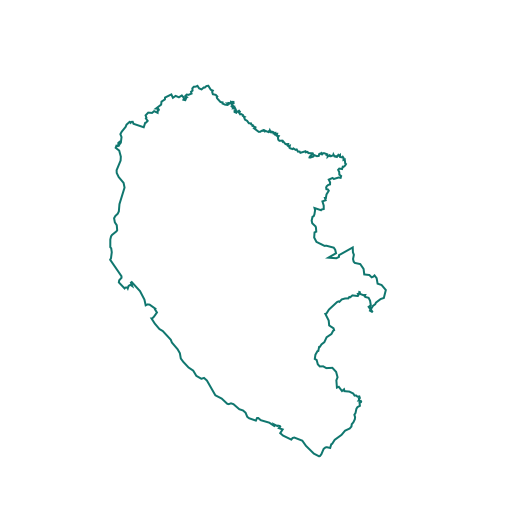 Portlaw-Kilmacthomas Lea-5, Waterford, Ireland (orthographic projection), rotated 221°
{"feature_id": "5873133B10835743668931", "entity_name": "Portlaw-Kilmacthomas Lea-5", "entity_type": "district", "adm_level": 2, "iso_a3": "IRL", "parent_name": "Ireland", "parent_adm1": "Waterford", "projection": "orthographic", "projection_center": [-7.459, 52.233], "detail": "fine", "context": "isolated", "style": "outline", "palette": "teal", "viewbox_px": 512, "rotation_deg": 221, "n_neighbors": 0, "source": "geoboundaries", "source_scale": "gbopen_adm2", "svg_char_len": 6126}
<svg xmlns="http://www.w3.org/2000/svg" viewBox="0 0 512 512"><g transform="rotate(221 256 256)"><path d="M333.9,145.3L333.9,146.4L332.5,147.8L331.5,147.4L332.5,149.8L332.2,151.1L331.6,151.9L329.8,152.1L332.9,153.8L332.7,154.8L320.5,153.4L311.6,149.9L306.9,146.4L306.1,148.3L304.4,149.5L297.3,150.2L297.2,149.4L293.7,148.4L293.2,143.2L293.4,140.8L293.9,140.3L288.1,138.6L281.0,137.5L277.1,138.2L265.4,136.9L262.7,135.5L254.0,134.2L249.7,132.7L245.5,129.3L241.5,128.4L233.8,127.6L228.2,128.3L222.4,126.4L216.7,127.5L215.2,129.9L211.3,129.8L195.3,124.2L188.3,125.9L180.7,125.6L179.4,126.3L178.2,128.4L175.8,129.4L168.1,129.4L164.5,130.9L161.1,130.9L157.1,128.9L154.8,129.0L148.1,131.7L148.9,134.4L148.0,135.2L144.7,135.2L136.7,138.9L130.6,139.7L130.5,140.4L131.7,140.8L128.3,141.7L128.2,142.4L126.5,143.3L125.9,143.2L125.8,141.1L122.1,142.6L121.5,138.2L117.8,138.2L108.9,140.6L109.0,142.6L108.0,144.1L99.9,147.0L93.8,145.5L82.7,144.8L77.0,146.2L76.5,147.0L76.6,149.2L78.4,154.8L78.0,157.0L77.2,158.1L74.1,159.8L75.7,163.3L75.3,164.2L76.0,168.9L74.1,177.1L74.2,182.6L72.1,187.3L72.1,189.9L73.4,191.9L73.4,194.3L74.3,197.6L75.5,199.4L77.6,200.7L77.9,202.8L80.0,206.6L80.3,208.5L79.3,211.1L81.6,213.2L80.9,214.5L81.2,215.2L82.0,215.4L83.7,214.1L83.8,215.0L84.8,215.9L84.5,217.0L85.9,217.8L87.1,216.4L89.0,216.4L90.0,215.3L92.4,216.0L96.6,214.9L100.6,212.0L102.1,213.1L102.5,210.5L107.7,211.6L108.6,209.8L113.8,214.9L114.9,218.0L119.5,221.1L125.0,221.7L129.4,217.5L132.9,216.8L135.4,214.5L138.3,214.8L142.0,217.3L144.1,216.9L146.4,220.5L147.2,224.5L146.7,225.2L148.7,228.8L148.2,229.3L148.6,232.3L147.9,235.8L149.4,241.0L147.9,246.6L148.7,250.1L148.4,251.3L150.1,252.3L155.2,251.6L158.8,255.0L165.7,257.8L165.1,258.8L165.8,263.4L164.6,274.5L163.9,275.9L163.0,276.1L162.8,279.5L160.9,282.4L158.5,284.6L158.7,286.3L157.8,286.7L157.4,289.5L152.9,292.6L153.1,293.8L154.2,294.3L153.4,295.2L154.4,296.6L153.9,296.8L152.8,295.6L149.5,296.8L148.0,298.2L147.6,296.9L146.6,296.8L143.6,298.3L140.6,297.1L137.1,294.2L137.5,291.9L136.2,292.3L136.6,291.3L134.4,290.7L134.1,289.5L131.1,290.1L134.4,291.1L135.0,295.2L134.4,297.8L134.9,299.5L133.7,305.3L132.0,308.2L135.7,315.5L142.2,316.5L146.1,314.9L150.4,318.4L153.8,319.1L153.9,317.5L154.7,315.8L158.0,316.0L162.2,313.1L166.3,316.8L172.0,318.3L176.9,315.6L178.6,315.8L180.8,317.4L182.9,321.1L185.3,322.4L188.6,325.9L193.9,311.1L192.8,309.7L193.9,307.0L200.3,302.2L197.4,310.6L200.4,312.7L202.8,313.3L209.7,309.9L210.9,308.6L219.6,306.3L224.2,308.1L227.3,312.2L226.5,313.9L229.2,316.6L230.4,317.4L235.0,317.6L237.2,319.2L239.1,322.7L238.6,323.9L239.2,325.7L241.5,329.4L243.3,330.6L237.0,333.2L237.1,333.9L235.7,335.9L238.0,338.5L241.7,340.8L240.0,343.8L242.0,345.0L241.3,345.6L243.2,348.7L243.9,353.0L245.4,353.4L246.7,352.6L248.0,353.7L248.4,355.0L248.1,357.0L247.1,358.6L248.4,360.2L251.2,361.4L249.4,365.1L247.8,365.2L245.1,369.5L243.4,370.5L244.2,372.2L246.5,372.1L248.3,374.0L250.5,374.9L250.5,376.6L248.1,378.1L249.1,380.3L248.4,380.7L248.1,382.7L248.4,384.4L249.4,384.4L252.4,387.1L253.0,385.9L254.2,387.4L255.7,387.8L255.8,386.9L257.5,385.9L258.9,387.4L259.1,386.2L260.2,386.3L259.9,383.8L261.0,383.2L261.1,383.8L262.3,382.7L264.1,383.4L263.8,382.8L264.7,380.8L266.2,380.4L265.8,379.8L267.0,379.3L267.1,378.0L267.9,379.1L269.0,378.6L269.2,379.4L272.0,378.3L272.7,377.7L272.8,376.2L274.0,376.6L274.0,375.6L274.7,375.6L275.2,374.4L274.3,372.7L275.5,371.3L278.1,370.4L278.0,368.6L280.0,365.3L279.6,364.9L280.4,365.5L280.6,367.5L280.0,370.4L280.6,370.7L284.0,368.0L285.4,368.4L286.5,366.9L287.4,367.5L290.2,363.0L291.6,363.4L292.8,362.3L295.2,363.1L295.7,362.1L298.4,361.7L298.5,360.7L300.9,359.7L301.9,359.7L302.9,361.5L303.8,360.1L304.8,360.1L305.3,361.5L307.1,359.8L311.0,360.4L311.0,359.8L312.0,360.2L313.9,358.3L315.5,358.4L317.2,359.8L317.5,361.4L318.8,360.6L319.1,361.8L319.2,360.6L319.7,360.5L320.3,362.1L320.9,361.6L321.0,362.4L321.4,360.1L322.2,360.2L322.5,361.1L323.2,360.1L324.1,360.9L325.5,360.3L325.2,359.6L326.1,359.0L328.0,359.9L327.5,358.6L328.1,358.4L327.9,357.7L330.8,356.7L331.0,355.9L332.2,356.4L333.1,355.9L332.8,355.0L333.9,354.2L334.3,352.5L335.4,351.5L341.0,351.1L340.5,352.3L340.8,352.8L343.9,351.9L344.1,352.6L346.0,352.2L346.7,352.8L348.5,351.5L351.4,352.2L353.8,351.7L356.1,352.9L355.9,353.5L357.9,353.1L358.4,353.8L360.3,353.4L360.9,352.5L362.7,353.0L362.8,354.3L364.1,354.5L364.4,352.9L365.5,352.6L364.9,351.2L366.6,350.6L367.3,351.3L366.6,352.5L367.3,352.5L367.5,353.4L368.6,353.5L369.8,352.6L369.7,353.5L370.5,353.2L370.3,353.8L370.9,353.6L370.9,354.2L371.9,353.6L371.7,354.3L373.4,354.1L373.8,355.0L373.4,355.9L374.2,355.9L373.3,356.7L374.1,357.5L375.1,356.7L375.1,356.0L376.1,355.9L375.5,354.5L377.4,353.3L377.3,352.5L376.3,352.8L377.1,352.4L376.3,352.3L376.6,351.3L378.7,349.9L381.3,349.1L382.0,350.0L383.8,348.9L388.8,349.5L389.9,350.2L389.9,351.0L392.1,351.2L394.7,349.8L396.8,351.1L397.1,352.5L399.2,351.8L403.7,353.2L404.9,351.7L405.2,349.4L406.0,348.9L406.4,346.0L408.9,345.2L411.8,346.0L412.5,344.4L414.0,342.9L414.0,340.7L412.4,339.2L412.8,337.3L411.2,336.3L412.7,333.3L414.2,332.4L414.3,330.3L412.3,330.5L412.8,329.0L412.1,328.9L411.6,327.2L413.3,326.3L413.9,328.0L417.3,328.5L418.3,325.2L421.7,324.1L422.5,320.9L425.9,322.4L428.6,315.9L427.5,314.4L428.6,310.5L426.9,308.0L428.2,301.7L426.4,303.0L425.5,302.7L425.7,302.0L425.2,301.8L425.5,301.2L424.2,299.5L427.9,298.5L428.3,295.8L431.4,293.5L431.6,289.7L429.5,288.5L429.4,287.6L426.4,286.9L426.5,284.5L427.0,283.8L425.2,279.5L435.2,275.4L437.1,276.4L438.2,275.3L438.0,274.2L439.4,274.2L439.9,270.2L439.1,267.9L438.9,261.7L438.3,259.0L435.5,257.5L432.8,253.5L433.9,252.9L434.0,251.3L432.3,251.7L432.3,251.1L433.6,250.7L433.0,249.6L431.9,249.3L432.4,248.2L433.7,247.7L432.9,245.6L428.4,245.8L423.2,242.3L420.8,239.2L417.5,229.3L415.6,227.3L411.4,225.5L403.9,224.3L400.1,221.4L393.1,205.6L388.8,199.7L388.1,197.2L388.4,193.9L387.9,191.4L384.6,188.8L381.3,187.9L377.7,184.4L377.5,183.1L378.5,177.4L378.3,175.8L376.8,172.9L371.8,167.1L370.3,166.8L367.3,164.2L364.0,159.2L363.6,157.5L344.3,152.5L343.2,151.3L343.3,147.9L342.2,146.1L333.9,145.3Z" fill="none" stroke="#0f766e" stroke-width="2"/></g></svg>